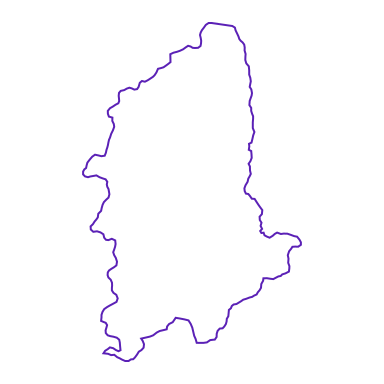 the district of Colinas do Tocantins, Tocantins, Brazil
{"feature_id": "56859067B57184865467737", "entity_name": "Colinas do Tocantins", "entity_type": "district", "adm_level": 2, "iso_a3": "BRA", "parent_name": "Brazil", "parent_adm1": "Tocantins", "projection": "orthographic", "projection_center": [-48.535, -8.07], "detail": "fine", "context": "isolated", "style": "outline", "palette": "violet", "viewbox_px": 384, "rotation_deg": 0, "n_neighbors": 0, "source": "geoboundaries", "source_scale": "gbopen_adm2", "svg_char_len": 4251}
<svg xmlns="http://www.w3.org/2000/svg" viewBox="0 0 384 384"><path d="M103.5,353.3L108.1,353.8L111.1,355.1L114.3,354.8L117.2,357.2L119.7,358.3L121.8,359.5L125.1,361.0L128.5,361.0L130.9,359.4L133.2,359.2L134.9,357.5L137.1,354.5L138.8,351.7L141.4,350.1L143.6,347.7L144.0,344.2L142.7,340.9L141.2,338.6L149.9,336.6L153.2,335.3L156.8,332.5L159.7,331.0L164.4,329.9L166.7,329.3L167.1,326.5L169.1,324.0L172.7,322.2L175.7,317.8L180.4,318.6L184.5,319.4L188.5,320.4L190.7,323.9L192.3,327.7L194.2,335.8L195.6,338.9L196.7,342.8L199.5,342.9L203.2,342.9L206.9,342.4L210.2,340.1L212.6,339.8L214.8,339.6L216.6,337.0L216.7,333.8L217.6,330.9L219.7,328.6L222.6,328.3L224.3,326.5L225.9,324.0L226.6,321.4L226.8,318.8L228.3,316.3L228.6,313.3L228.9,309.9L230.9,308.3L231.8,306.0L233.6,304.5L236.5,304.0L238.8,302.6L241.1,301.2L243.2,299.7L246.2,298.8L249.6,297.5L252.1,296.9L254.1,295.6L256.6,294.5L257.8,292.3L259.6,290.2L261.0,287.8L261.3,284.0L263.1,280.8L263.4,278.3L266.9,278.2L270.6,278.8L273.3,279.1L276.1,277.6L278.4,276.4L280.7,276.0L282.2,274.4L285.4,273.4L288.9,271.6L289.3,268.6L289.4,266.1L288.2,262.8L288.5,258.7L287.8,255.2L289.1,251.3L291.2,248.7L292.4,246.8L295.0,246.6L298.2,246.7L300.9,244.8L300.9,242.3L299.5,239.7L297.1,236.7L294.1,236.1L290.9,234.9L287.4,233.7L283.7,233.6L280.9,234.0L277.1,232.6L274.8,233.9L272.7,235.8L269.6,237.7L266.9,236.6L264.5,235.3L263.6,232.7L261.4,233.0L260.2,231.0L262.1,228.9L260.6,225.9L261.5,222.7L259.8,220.0L259.6,216.7L261.9,214.1L262.3,210.1L260.2,207.3L258.3,204.6L256.4,201.7L254.6,198.9L251.8,198.7L249.9,195.9L248.3,194.0L245.9,193.6L244.7,191.1L244.4,188.3L245.5,185.3L247.6,181.8L248.3,178.6L249.6,176.4L250.8,173.9L250.0,170.5L249.9,166.4L248.6,163.8L250.4,161.2L251.7,157.9L251.5,154.1L251.2,151.0L248.8,149.8L249.3,146.4L249.0,143.8L251.5,142.6L252.4,139.0L253.2,135.4L254.4,132.0L252.8,128.1L252.8,125.4L252.8,122.3L253.1,118.7L253.1,116.2L252.1,113.8L251.2,110.9L251.2,107.9L249.4,105.1L249.7,100.9L250.8,97.8L251.6,95.6L252.0,93.1L251.3,89.4L249.7,86.9L250.2,84.3L250.8,81.3L250.3,77.8L249.2,74.6L249.2,70.4L248.8,66.3L246.3,63.4L245.3,60.0L245.4,56.8L245.6,54.0L244.6,50.5L244.7,47.5L244.2,44.6L242.6,42.4L240.7,40.8L239.3,39.0L238.5,36.5L237.1,33.5L235.6,30.4L234.9,27.6L232.3,26.0L211.5,23.0L208.6,23.0L205.8,24.9L203.9,27.6L201.9,30.2L200.7,32.5L200.0,35.0L200.7,37.9L201.2,40.8L201.0,43.6L200.5,46.0L198.1,47.8L194.9,48.0L192.6,47.8L190.6,46.5L188.1,45.8L185.7,47.4L183.1,49.3L179.9,50.8L177.0,51.8L173.5,52.7L170.3,54.2L170.4,58.1L170.5,62.1L168.4,63.8L165.8,65.7L163.5,67.3L160.9,68.1L158.0,68.8L156.4,72.5L154.6,75.2L153.0,76.8L151.2,78.0L149.4,79.2L147.5,80.4L144.9,81.7L141.9,81.0L139.8,82.8L138.6,86.9L137.1,89.1L134.3,89.6L131.8,88.4L129.4,87.7L126.8,88.6L124.2,90.1L120.7,90.9L119.0,92.9L118.7,95.8L119.0,98.7L119.2,101.1L118.3,103.3L115.6,104.7L112.8,106.6L110.0,108.2L107.8,110.9L107.9,113.8L108.9,116.6L112.4,117.6L112.3,120.9L113.8,124.0L114.2,126.8L112.9,130.4L111.2,133.8L110.0,137.6L109.0,139.8L108.4,142.5L107.9,145.2L107.3,147.5L106.5,149.8L105.9,152.7L104.7,155.7L101.4,156.2L98.3,155.4L95.0,154.7L92.2,156.7L89.9,159.4L87.4,162.6L86.6,165.5L86.1,168.0L84.3,169.4L83.1,171.6L83.1,174.4L85.0,176.4L88.0,177.2L90.2,176.5L93.1,176.0L96.4,175.4L99.5,177.2L102.7,178.4L105.6,179.3L107.3,181.8L106.8,184.4L107.3,186.8L108.5,189.0L108.9,191.2L109.4,194.3L108.5,197.6L106.2,199.7L103.9,202.1L102.6,204.8L101.7,208.0L101.1,210.9L98.3,213.7L97.8,217.4L96.4,219.4L94.6,221.5L92.9,224.2L90.6,226.4L90.8,229.5L93.3,231.8L97.0,231.3L100.5,232.4L103.4,234.3L104.2,237.7L106.0,239.8L108.4,240.1L111.8,238.8L115.2,240.4L115.6,244.0L115.1,246.7L114.2,249.5L113.2,252.2L114.2,255.2L115.8,257.9L117.0,261.7L116.4,265.4L113.9,267.3L111.4,268.8L109.0,270.5L107.8,272.4L107.6,275.1L108.4,277.5L110.7,279.7L112.0,282.7L112.1,285.6L111.9,287.8L111.9,290.4L113.5,292.9L116.3,294.8L117.7,298.4L116.5,301.9L113.0,303.8L109.8,305.5L107.2,307.0L104.2,309.1L102.5,311.9L101.5,314.9L101.5,317.4L101.1,320.9L103.6,322.0L105.7,322.8L107.1,325.1L106.4,327.7L105.6,330.3L105.8,333.1L107.7,335.3L110.1,336.1L113.4,336.7L116.8,337.7L119.2,339.7L119.8,342.5L120.1,346.3L120.5,350.2L118.5,351.2L116.0,350.1L113.2,348.2L109.9,347.4L107.8,349.1L105.1,350.8L103.5,353.3Z" fill="none" stroke="#5b21b6" stroke-width="2"/></svg>